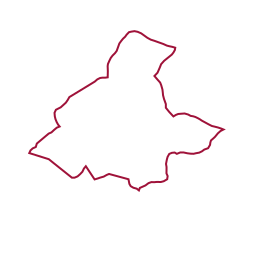 outline of Orlândia, São Paulo, Brazil, rotated 47°
{"feature_id": "56859067B71991495502873", "entity_name": "Orlândia", "entity_type": "district", "adm_level": 2, "iso_a3": "BRA", "parent_name": "Brazil", "parent_adm1": "São Paulo", "projection": "albers", "projection_center": [-47.895, -20.7], "detail": "fine", "context": "isolated", "style": "outline", "palette": "rose", "viewbox_px": 256, "rotation_deg": 47, "n_neighbors": 0, "source": "geoboundaries", "source_scale": "gbopen_adm2", "svg_char_len": 1833}
<svg xmlns="http://www.w3.org/2000/svg" viewBox="0 0 256 256"><g transform="rotate(47 128 128)"><path d="M79.0,217.3L96.8,207.2L103.1,206.3L126.1,202.9L127.9,200.9L129.0,197.9L129.1,194.5L128.9,191.2L127.6,187.9L127.2,184.9L142.8,187.5L144.3,184.5L145.3,182.2L147.0,178.9L147.8,175.6L148.7,173.2L165.8,162.6L169.8,165.1L172.4,165.7L175.4,164.8L178.3,163.0L181.1,162.6L179.9,160.2L181.9,154.4L182.3,150.6L183.5,147.8L185.5,145.8L187.1,143.7L189.9,140.8L191.3,138.2L192.2,134.3L190.2,131.8L187.4,130.8L184.4,127.9L182.8,126.4L180.2,124.7L177.5,121.0L176.1,118.7L175.1,115.5L176.1,112.8L177.8,110.6L180.2,109.9L181.5,106.5L183.7,104.1L187.0,101.8L189.4,99.8L191.6,97.6L192.8,95.5L194.6,92.7L195.5,89.8L195.8,86.9L197.4,83.2L196.3,79.5L194.8,77.7L193.7,75.8L193.8,72.7L193.8,70.4L193.2,65.9L193.3,62.4L194.2,59.2L192.0,60.2L188.9,61.9L186.1,63.7L183.7,65.3L180.4,66.5L176.8,67.7L172.9,69.0L170.7,69.5L168.5,70.2L165.9,71.2L163.8,72.4L161.9,73.9L159.2,74.8L156.0,76.7L153.9,79.3L152.0,81.7L151.1,84.0L150.5,86.9L144.3,86.9L139.0,86.5L136.3,84.0L131.2,81.8L127.9,80.0L126.1,78.6L123.4,76.6L119.3,74.5L116.7,73.5L112.6,73.4L108.0,73.2L107.7,68.7L105.5,63.6L103.9,60.2L103.5,55.7L104.2,45.9L103.8,43.3L102.9,40.5L101.5,38.7L98.8,40.3L96.4,42.0L94.2,43.4L90.6,44.9L85.2,47.7L82.3,49.2L78.9,51.1L75.3,52.3L67.8,53.8L64.3,55.3L61.6,57.2L59.9,59.7L58.6,61.9L58.8,65.4L59.3,67.8L59.3,70.7L59.7,73.6L60.3,76.7L61.7,79.4L63.9,83.7L64.4,86.5L64.5,89.9L65.0,92.8L66.1,95.7L67.5,99.0L68.9,100.7L72.7,104.0L77.1,108.3L75.6,110.4L73.8,112.3L72.4,114.3L71.5,117.3L71.4,120.7L65.4,149.8L66.4,153.0L67.1,156.2L67.0,163.1L65.5,168.3L66.8,171.4L69.6,173.6L72.1,175.0L75.0,176.1L77.8,176.8L80.3,177.0L79.2,179.8L79.0,183.4L79.0,187.0L78.0,189.8L77.2,205.3L79.0,208.4L77.9,211.6L77.9,214.6L79.0,217.3Z" fill="none" stroke="#9f1239" stroke-width="2"/></g></svg>